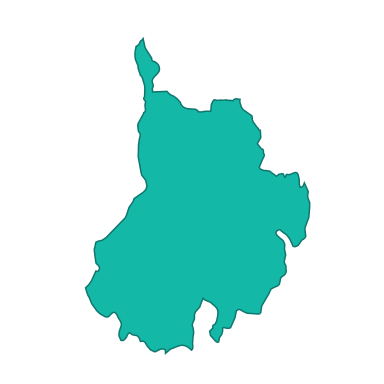 SVG path tracing the border of Santander, rotated 354°
{"feature_id": "COL-1317", "entity_name": "Santander", "entity_type": "Department", "adm_level": 1, "iso_a3": "COL", "parent_name": "Colombia", "parent_adm1": "", "projection": "robinson", "projection_center": [-73.442, 6.936], "detail": "fine", "context": "isolated", "style": "filled", "palette": "teal", "viewbox_px": 384, "rotation_deg": 354, "n_neighbors": 0, "source": "natural_earth", "source_scale": "10m", "svg_char_len": 4787}
<svg xmlns="http://www.w3.org/2000/svg" viewBox="0 0 384 384"><g transform="rotate(354 192 192)"><path d="M177.6,89.3L179.3,91.6L180.1,92.4L181.3,93.4L184.0,94.9L186.8,97.6L189.5,101.2L189.9,102.0L190.0,102.6L190.0,103.1L190.2,103.5L191.3,105.6L192.2,106.5L193.9,107.7L195.5,108.4L197.7,109.0L203.8,110.0L205.9,111.3L206.5,112.7L207.6,113.1L209.8,113.4L213.6,113.1L216.8,113.4L218.9,113.7L219.3,112.7L220.4,107.0L222.2,104.0L223.2,102.9L224.0,102.7L225.4,103.0L225.8,103.2L226.4,103.5L227.1,103.6L229.2,103.5L232.8,104.0L235.4,104.0L236.5,104.2L237.3,104.5L237.7,104.7L238.2,104.8L239.6,104.8L240.3,105.0L242.1,105.6L243.1,104.6L245.4,103.8L249.5,104.9L249.1,106.1L249.0,106.7L249.0,107.5L249.7,111.6L250.3,113.4L251.3,115.3L259.5,122.5L259.7,124.4L259.5,126.0L260.1,128.6L263.4,134.4L264.7,136.0L264.7,136.8L264.8,137.1L266.4,137.8L266.1,145.1L262.0,150.8L263.5,153.2L264.0,153.9L264.8,155.3L265.2,155.9L265.9,156.5L267.0,157.1L267.2,157.7L267.3,158.7L267.2,160.6L267.4,161.6L267.7,162.3L267.8,162.9L267.1,164.6L265.6,166.8L261.5,174.3L262.2,176.1L262.6,176.5L265.6,178.1L268.3,178.5L271.0,179.3L272.0,179.8L273.2,181.3L274.5,182.2L277.5,185.2L279.4,184.1L280.2,183.6L280.8,183.4L282.3,183.4L283.0,183.2L283.8,183.2L284.6,183.6L285.1,184.9L285.6,186.8L285.9,187.2L286.5,186.8L286.8,186.2L287.3,185.0L287.6,184.6L288.1,184.4L288.7,184.5L289.6,184.8L290.6,184.9L293.8,184.2L295.0,183.7L295.8,183.5L296.6,183.4L297.6,183.6L298.3,183.9L299.0,184.9L299.4,186.3L299.8,189.3L299.9,191.4L299.5,195.2L300.0,198.6L302.1,198.4L302.7,197.9L303.5,197.1L303.8,196.5L304.7,194.7L307.7,203.9L306.8,206.7L306.6,208.4L306.7,210.3L307.9,214.7L307.4,219.7L305.5,229.4L301.2,238.2L300.4,240.3L300.5,247.9L299.5,249.4L298.3,250.3L296.1,251.4L292.0,256.2L288.9,257.2L286.9,256.6L284.7,250.0L283.4,247.3L281.6,244.5L277.6,241.0L275.5,238.7L274.4,238.7L272.2,239.6L271.0,241.5L271.9,243.9L275.4,247.8L276.5,248.7L277.5,250.0L278.3,252.0L278.8,253.8L278.0,258.7L278.6,264.2L276.3,271.4L277.7,275.4L277.4,277.8L277.5,280.2L277.2,281.5L276.4,283.0L274.6,284.6L273.3,285.2L271.3,286.5L269.3,292.8L267.2,294.4L263.7,295.4L260.6,296.7L259.1,298.8L257.9,301.1L249.4,312.6L247.8,318.9L246.6,320.2L244.6,320.2L234.1,318.3L230.5,316.2L227.7,314.1L226.4,313.7L225.7,313.8L223.7,314.8L221.7,321.3L216.1,331.1L213.2,331.4L209.4,330.1L208.7,330.3L208.2,330.8L207.9,333.7L206.6,336.9L204.3,339.4L202.8,343.9L201.4,344.1L199.9,342.9L195.4,336.6L195.0,332.2L196.0,331.5L198.4,329.7L198.5,329.2L198.8,327.0L201.4,325.6L203.1,322.6L204.8,317.3L205.2,314.7L205.2,312.4L204.8,310.9L203.4,308.5L198.8,303.6L193.6,300.8L191.9,298.8L188.3,305.8L187.8,307.1L182.9,311.6L181.7,314.0L181.1,318.7L178.9,322.6L178.3,324.8L178.8,326.9L179.0,329.5L178.9,332.5L177.8,336.3L176.7,342.8L176.7,345.6L176.4,346.9L176.1,348.3L174.9,349.2L174.0,348.0L171.8,345.9L169.7,344.5L167.4,343.6L164.9,343.3L161.3,344.0L153.9,346.1L148.8,349.7L149.0,346.4L148.3,345.7L147.1,345.1L145.9,344.9L143.9,345.1L141.7,346.0L140.7,346.3L139.4,346.9L138.1,347.0L134.1,344.5L131.5,340.8L129.5,336.5L128.3,335.5L127.1,335.2L125.1,335.2L124.0,331.1L122.5,329.2L117.7,327.7L115.2,325.3L113.0,327.0L111.5,329.8L109.9,331.3L108.5,332.3L107.7,332.5L105.8,332.1L104.4,327.6L104.5,325.6L105.1,323.1L107.8,317.2L107.9,314.9L107.0,312.3L105.8,310.0L104.4,306.1L103.4,304.4L102.1,303.5L100.6,303.7L99.1,304.6L96.2,307.1L94.6,307.5L93.5,307.3L92.4,306.8L91.5,306.2L90.5,305.4L89.0,304.5L87.4,303.1L85.0,300.3L80.6,292.6L78.9,286.6L77.8,284.1L76.8,280.2L76.7,279.1L76.1,276.2L80.0,273.1L82.9,269.6L88.2,260.5L89.4,261.1L90.6,260.7L91.5,259.6L92.1,258.0L91.9,256.7L91.2,255.3L89.3,253.1L89.0,251.4L88.7,239.5L88.9,238.5L90.3,234.8L90.5,233.7L91.2,231.9L93.0,231.2L97.6,230.6L101.9,228.3L122.8,210.8L124.3,208.5L127.8,200.7L132.6,195.1L133.3,193.1L134.3,192.2L143.6,187.1L146.4,184.7L147.8,181.3L147.3,176.0L146.3,174.0L145.1,172.2L143.9,170.2L143.4,167.6L142.2,151.1L143.0,145.6L143.0,145.1L143.7,139.8L145.0,134.4L146.3,130.8L146.5,129.6L146.3,128.2L145.2,126.4L145.0,125.1L145.0,120.1L145.6,118.2L151.9,109.2L152.3,108.0L153.8,107.2L154.3,105.3L154.3,100.9L154.5,99.7L155.0,98.5L155.2,97.3L154.7,96.1L153.7,94.4L154.0,93.3L154.7,92.3L155.0,90.8L156.0,83.5L155.9,80.6L154.5,73.0L153.9,71.8L152.9,70.6L151.3,63.0L151.6,61.3L149.6,54.2L149.5,51.7L149.6,49.3L150.4,45.3L151.6,41.8L151.5,41.5L153.8,40.3L154.3,40.1L155.3,38.7L156.0,37.3L157.0,36.2L158.2,35.7L159.4,34.3L160.1,40.7L160.2,42.5L161.1,45.1L165.8,54.4L165.9,56.7L166.4,57.5L166.9,58.0L167.4,58.2L168.3,58.3L168.7,58.5L169.0,58.8L169.9,59.8L170.4,60.2L171.1,60.9L171.4,61.4L171.8,62.0L172.5,64.2L172.5,66.6L171.7,68.8L168.6,71.9L167.1,72.9L166.6,73.4L164.7,75.6L164.1,76.9L163.9,78.1L164.3,80.0L164.5,81.3L164.6,82.5L163.9,83.9L163.4,84.7L163.3,88.4L177.6,89.3Z" fill="#14b8a6" stroke="#0f766e" stroke-width="1.5"/></g></svg>